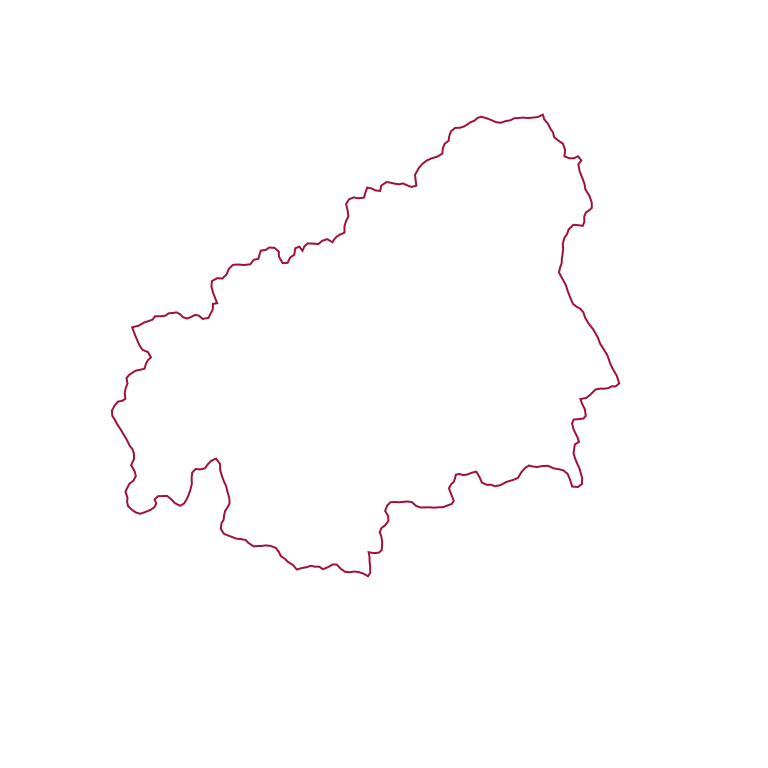 Piumhi, Minas Gerais, Brazil, rotated 330°
{"feature_id": "56859067B73067757776570", "entity_name": "Piumhi", "entity_type": "district", "adm_level": 2, "iso_a3": "BRA", "parent_name": "Brazil", "parent_adm1": "Minas Gerais", "projection": "natural_earth1", "projection_center": [-46.063, -20.459], "detail": "fine", "context": "isolated", "style": "outline", "palette": "rose", "viewbox_px": 768, "rotation_deg": 330, "n_neighbors": 0, "source": "geoboundaries", "source_scale": "gbopen_adm2", "svg_char_len": 4906}
<svg xmlns="http://www.w3.org/2000/svg" viewBox="0 0 768 768"><g transform="rotate(330 384 384)"><path d="M357.2,211.3L352.8,208.4L348.8,208.8L344.1,206.9L340.9,209.7L337.8,212.8L333.3,211.3L328.1,213.5L322.1,210.9L317.6,207.7L312.8,205.3L307.3,206.6L302.5,210.4L296.6,211.8L292.6,209.0L286.4,208.8L283.4,213.1L281.6,219.4L280.9,224.1L279.9,230.6L276.0,229.1L272.9,233.9L269.1,236.3L265.1,239.0L259.4,236.9L257.9,232.2L254.9,229.7L251.0,229.5L246.3,228.9L243.3,225.7L242.4,221.7L240.2,218.3L236.6,216.9L232.8,215.1L229.1,215.6L224.7,213.8L219.6,210.9L215.8,212.5L211.5,211.8L207.4,210.8L200.7,210.8L194.2,209.0L192.8,217.8L192.0,223.9L191.6,228.4L191.9,233.6L195.6,238.5L195.5,244.4L191.5,245.3L188.1,247.3L184.3,251.0L179.7,249.7L175.9,248.3L172.1,248.4L167.9,248.7L163.9,250.2L162.1,255.4L158.3,258.3L154.8,262.4L152.6,267.6L148.6,267.6L144.6,266.2L139.9,268.0L135.1,271.0L132.8,275.7L133.0,280.6L132.8,285.2L133.2,291.7L133.2,297.1L133.4,301.8L133.2,306.2L132.9,310.6L133.6,314.8L132.6,319.3L130.1,323.9L124.4,327.9L124.4,334.7L123.1,339.6L118.6,342.4L113.9,343.0L110.0,345.4L106.2,348.0L105.0,354.2L102.5,357.8L101.3,361.7L102.9,367.1L104.8,371.1L108.0,374.5L113.7,375.6L119.0,376.3L123.6,375.9L127.1,373.6L127.6,369.3L132.3,368.2L135.9,370.2L140.2,372.5L142.1,377.4L143.3,382.5L146.5,387.5L151.1,387.5L154.9,385.5L158.3,383.2L162.7,379.5L167.6,374.5L170.6,368.9L173.6,364.8L178.4,363.4L182.2,366.1L186.8,367.5L191.1,365.5L195.7,364.1L201.2,364.6L202.0,371.3L199.1,376.6L197.6,382.6L196.6,389.0L196.3,393.2L194.7,398.4L193.0,405.5L190.4,410.4L186.4,412.8L183.0,414.4L179.9,417.7L177.1,421.5L173.7,423.3L170.2,427.9L170.5,433.7L172.9,436.8L175.7,440.3L178.8,444.1L182.6,446.8L186.2,449.9L187.2,454.0L189.9,459.4L193.6,461.2L197.0,463.0L200.8,464.6L204.6,467.3L208.3,471.8L209.0,477.1L208.6,481.7L210.7,485.5L212.0,490.4L214.6,495.0L215.7,501.0L221.5,502.5L225.7,504.1L229.7,504.8L232.9,507.7L236.5,509.8L238.6,513.9L243.7,514.6L249.4,514.6L252.8,516.8L254.2,522.4L256.4,527.2L260.0,529.8L264.8,531.7L268.2,534.3L271.7,538.4L274.0,542.5L277.7,540.6L280.8,535.0L282.7,530.7L285.1,526.2L286.6,522.0L290.8,525.5L295.2,527.5L298.9,526.7L301.5,523.1L303.8,519.2L305.5,514.3L306.2,510.1L309.7,507.5L314.5,506.9L319.3,504.8L321.6,500.4L321.5,494.5L325.9,490.9L330.4,489.6L333.9,491.3L337.9,493.9L342.6,496.1L345.8,497.6L349.1,500.2L350.9,505.7L353.8,509.1L357.8,511.4L361.9,513.6L365.4,516.1L369.7,518.1L373.6,520.2L377.9,520.9L382.8,521.8L386.1,519.9L387.0,513.4L388.1,506.7L392.0,504.4L395.4,503.7L398.3,501.2L400.9,498.5L404.3,499.5L406.9,502.5L411.3,504.1L415.1,504.6L420.1,506.0L420.2,512.3L419.5,518.3L422.7,522.8L426.5,524.8L428.9,528.0L434.3,529.8L441.1,530.0L447.5,531.6L453.1,532.3L458.9,529.0L464.7,527.2L468.8,527.1L471.5,529.7L475.1,532.5L480.0,534.1L485.3,537.0L488.9,542.0L492.7,545.1L496.1,548.5L498.1,553.7L497.3,559.6L495.7,566.9L500.5,570.2L505.5,569.5L508.5,564.7L510.2,558.3L511.1,554.2L511.5,549.5L512.3,543.8L513.4,538.9L515.9,535.7L519.1,531.7L523.9,531.7L525.0,526.2L525.2,521.9L525.7,517.0L527.2,512.1L530.5,509.6L534.8,511.6L539.4,513.6L542.8,512.5L545.3,506.4L545.7,499.7L546.6,495.2L552.1,497.2L557.8,496.3L564.4,494.5L569.0,496.1L572.3,498.1L576.0,499.7L580.2,499.9L583.2,501.9L588.0,501.1L589.7,493.4L589.7,486.4L589.9,480.7L590.8,476.1L591.8,470.9L591.6,463.4L591.3,457.1L592.4,451.2L592.5,441.1L591.4,434.1L591.4,426.9L592.5,421.5L591.7,417.1L589.4,413.4L587.7,408.8L588.6,401.6L589.6,395.2L590.9,389.6L591.1,382.6L591.3,374.9L594.5,371.4L598.3,368.2L600.4,364.8L603.1,361.4L606.6,356.8L608.9,352.0L613.5,347.5L617.5,345.7L621.1,342.5L627.6,340.8L631.8,343.7L635.2,346.4L638.7,343.7L641.0,339.2L644.6,336.4L648.3,336.2L652.0,335.4L654.6,330.8L656.0,323.9L655.7,316.1L657.7,310.8L658.7,305.0L659.8,297.7L662.1,291.0L666.7,289.0L665.9,283.8L661.4,283.5L657.3,281.1L654.1,277.0L657.8,272.0L659.1,265.5L656.4,259.7L654.7,255.2L656.2,250.7L655.8,246.6L656.1,240.6L655.1,235.1L656.2,230.2L650.4,229.6L645.6,227.5L641.4,225.5L637.3,222.6L632.9,220.7L629.7,219.0L624.9,218.7L621.1,217.2L615.8,216.2L611.8,213.1L609.0,209.2L605.3,204.7L601.8,201.2L598.0,200.3L593.8,201.2L589.9,200.5L586.0,200.9L582.0,201.0L578.0,200.1L573.7,197.8L568.2,198.7L564.1,202.3L561.5,205.7L556.6,206.3L552.6,209.5L549.8,213.6L544.0,213.8L538.3,212.4L532.6,211.8L527.5,212.5L522.5,214.2L518.6,216.5L515.5,218.3L513.8,222.1L511.2,228.4L506.3,227.1L503.2,223.2L500.6,219.7L497.2,218.7L493.7,216.1L490.5,213.1L487.3,210.4L480.8,210.8L477.2,214.9L473.2,211.9L471.0,208.4L467.7,205.5L463.5,209.0L459.9,212.6L454.8,210.4L450.9,207.2L445.9,206.6L441.1,209.2L439.4,215.2L437.0,221.0L432.4,224.1L428.7,227.5L425.4,233.2L420.8,232.6L416.8,232.7L413.4,233.8L410.2,235.4L407.3,230.2L402.0,229.1L397.1,230.0L392.0,226.4L388.0,224.0L383.8,225.0L380.0,227.9L379.4,222.7L375.0,222.1L371.0,227.1L365.8,227.6L361.1,230.9L356.6,228.6L356.7,221.2L359.1,216.7L357.2,211.3Z" fill="none" stroke="#9f1239" stroke-width="2"/></g></svg>